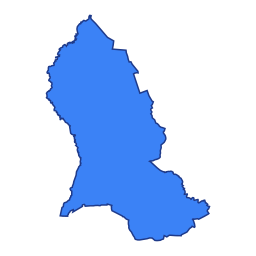 Tancanhuitz, San Luis Potosí, Mexico (Mercator projection)
{"feature_id": "50627088B4540713417928", "entity_name": "Tancanhuitz", "entity_type": "district", "adm_level": 2, "iso_a3": "MEX", "parent_name": "Mexico", "parent_adm1": "San Luis Potosí", "projection": "mercator", "projection_center": [-98.957, 21.641], "detail": "fine", "context": "isolated", "style": "filled", "palette": "blue", "viewbox_px": 256, "rotation_deg": 0, "n_neighbors": 0, "source": "geoboundaries", "source_scale": "gbopen_adm2", "svg_char_len": 5662}
<svg xmlns="http://www.w3.org/2000/svg" viewBox="0 0 256 256"><path d="M90.9,16.8L90.5,17.2L90.3,17.0L90.2,16.4L90.6,15.6L90.3,15.4L89.7,15.4L89.1,16.3L88.9,17.4L89.0,18.5L88.7,19.0L85.8,21.0L85.4,21.0L84.2,20.5L83.5,20.5L81.8,22.3L81.4,22.0L80.9,22.1L80.8,22.3L81.1,22.6L80.6,23.8L79.6,23.8L77.4,26.6L77.0,28.4L77.0,29.7L77.5,32.2L78.0,33.8L76.0,34.1L76.2,34.6L76.8,35.0L76.9,35.4L76.6,35.7L75.1,35.9L74.9,36.7L75.7,37.1L75.2,38.6L76.4,39.0L75.7,40.2L74.8,40.0L74.1,40.7L74.0,41.3L74.2,42.1L74.0,42.4L73.5,41.5L72.8,41.5L72.5,41.8L72.6,43.0L72.2,43.2L71.8,42.3L70.8,42.5L70.0,43.2L69.7,42.4L68.7,42.7L67.5,43.4L67.8,43.9L67.6,44.9L67.1,44.9L66.6,45.3L66.4,46.1L65.0,44.6L64.3,44.7L64.1,45.1L63.3,45.5L62.8,46.0L62.6,47.2L60.9,47.8L59.5,48.8L59.2,49.2L59.3,49.5L60.3,49.9L58.2,52.6L57.6,54.1L58.4,55.3L59.5,55.0L59.4,56.3L55.7,57.2L55.7,57.6L56.7,57.2L57.1,57.1L57.5,57.5L57.3,59.3L56.0,59.6L55.3,60.1L55.8,60.9L55.1,61.1L54.7,61.5L54.6,62.4L53.7,63.0L54.1,64.6L53.9,65.4L51.8,65.7L51.0,66.3L50.4,66.5L49.4,66.4L48.7,66.7L48.4,67.6L48.3,70.3L47.8,70.8L47.2,71.9L47.1,72.7L47.4,73.2L48.0,73.3L48.6,73.0L49.1,73.3L49.4,74.3L49.5,76.2L50.1,76.7L50.2,77.3L50.0,78.2L49.0,79.6L48.8,80.4L49.1,80.8L50.2,81.3L51.0,82.3L51.7,82.5L52.0,84.3L51.4,85.5L51.4,86.0L52.1,87.3L51.5,88.3L50.9,88.6L50.4,89.3L50.4,89.9L50.2,90.2L49.1,90.6L49.2,91.0L49.0,91.3L48.5,91.3L47.4,91.9L47.2,92.5L46.6,93.0L46.5,93.7L46.9,94.4L47.1,96.9L46.5,97.4L46.6,97.8L47.7,98.7L49.0,99.1L49.1,99.4L48.8,99.7L49.1,100.3L49.7,100.5L50.3,100.4L50.6,100.7L50.6,102.3L51.0,103.0L51.4,103.0L52.4,102.5L52.5,102.9L52.2,103.5L52.5,104.1L53.0,104.6L53.1,105.1L53.5,105.6L54.3,106.3L54.9,107.3L54.2,109.2L54.1,110.0L54.3,110.6L55.0,110.5L56.5,111.4L56.7,111.6L56.5,112.5L57.5,112.9L57.5,114.1L57.7,114.7L58.1,115.0L58.2,114.7L58.6,114.8L58.9,115.5L59.4,115.5L60.1,115.8L60.2,116.2L59.8,116.9L59.9,117.5L60.3,117.9L60.1,119.3L60.3,119.6L60.6,119.5L60.9,118.5L61.2,118.2L61.7,118.3L62.2,118.9L62.5,118.8L62.6,118.4L63.1,118.4L63.6,119.4L65.0,121.3L65.4,122.2L67.8,123.4L68.3,124.5L70.2,125.9L70.1,126.2L69.6,126.3L70.7,133.2L71.7,134.2L73.2,134.9L74.8,134.8L75.3,135.2L75.1,135.8L74.6,136.1L73.9,136.1L73.7,136.3L73.8,136.6L74.3,136.8L74.4,137.4L74.4,139.0L75.2,139.6L74.8,140.2L74.6,140.8L75.3,140.9L75.4,141.3L74.7,141.8L74.7,142.3L75.7,142.9L76.4,143.8L76.2,145.2L75.8,145.4L78.0,147.7L77.4,148.9L77.3,150.2L77.9,151.0L77.6,151.6L77.7,151.9L77.8,152.1L78.6,152.4L78.7,152.6L78.5,153.0L78.4,153.7L78.9,154.9L78.8,155.7L79.4,156.2L79.7,157.0L80.7,157.7L80.4,158.1L80.8,158.8L80.2,162.0L80.8,163.0L80.4,163.3L80.7,163.9L80.2,164.9L80.4,165.2L80.0,165.3L79.6,166.0L78.7,166.9L78.6,167.5L76.5,171.7L76.1,175.2L73.8,181.6L73.4,183.8L72.5,186.0L72.3,187.3L71.0,187.8L70.4,188.2L70.1,189.0L70.8,190.4L71.8,191.1L71.7,195.3L71.4,195.6L70.8,195.9L70.6,197.3L70.0,197.9L69.5,200.0L68.5,200.3L66.6,202.1L64.3,202.8L63.6,204.0L63.3,206.6L62.0,207.5L60.2,215.8L62.8,216.1L67.6,216.2L67.5,215.6L68.3,214.4L68.5,213.4L69.8,212.0L70.3,211.0L73.3,209.6L73.5,210.1L72.9,212.0L82.4,206.4L82.2,205.7L82.5,204.9L84.2,204.4L84.7,204.8L85.2,206.2L90.2,205.8L93.4,205.8L95.2,205.5L97.7,205.4L100.0,205.7L101.3,205.0L107.0,205.0L107.2,204.1L107.5,204.1L111.8,205.4L111.3,206.4L111.6,207.2L111.4,207.8L111.6,209.3L112.0,210.7L122.2,215.9L122.6,216.6L123.7,216.7L126.2,219.0L128.7,220.1L128.4,221.7L128.4,224.1L128.9,226.0L128.8,227.4L129.0,228.5L129.8,230.1L131.4,232.0L133.3,235.7L134.3,237.0L135.1,239.0L135.4,239.3L137.7,239.9L139.9,239.9L147.1,238.7L149.8,237.9L152.2,238.1L154.9,240.4L157.0,240.6L160.2,240.3L162.1,239.4L163.4,239.0L164.2,235.6L166.8,236.9L169.2,235.3L169.9,235.2L175.5,235.6L181.2,235.7L181.4,234.8L187.0,232.0L189.6,228.5L191.6,227.1L192.1,226.3L194.4,227.3L194.9,226.8L194.5,224.0L193.3,220.3L192.6,219.3L193.0,219.0L194.3,219.2L197.5,218.7L198.7,219.2L204.5,216.2L208.2,214.1L208.9,213.5L207.2,211.0L207.7,209.5L208.6,208.9L209.5,206.5L207.8,206.0L206.9,205.4L207.7,204.3L205.9,202.7L205.5,202.8L204.7,200.2L204.2,200.2L203.5,200.8L203.2,200.6L202.9,201.0L202.0,200.9L201.6,201.1L199.2,202.7L198.5,202.8L198.0,202.3L198.1,199.8L197.9,199.5L194.3,200.3L193.9,199.9L193.9,198.5L193.6,197.8L192.8,197.6L192.3,197.8L191.3,198.9L191.2,199.2L191.0,199.3L190.7,198.7L189.1,197.8L186.8,197.5L186.6,196.8L186.6,195.9L187.3,194.6L187.2,194.0L184.4,194.3L184.4,194.0L184.9,193.1L185.1,192.3L185.0,191.3L184.4,189.9L184.1,189.6L183.6,189.5L184.3,188.5L183.6,188.4L183.7,188.0L182.3,186.5L182.5,185.9L183.1,185.6L182.3,185.0L182.3,184.0L181.8,183.9L182.6,182.4L182.6,181.3L181.0,178.3L180.0,177.8L178.9,176.5L178.6,176.6L178.4,176.3L178.6,176.1L177.5,175.3L175.7,174.3L174.0,174.3L172.9,172.8L173.1,172.3L171.8,171.4L170.7,171.2L169.5,171.5L168.6,171.4L166.2,171.8L166.2,172.2L164.8,172.5L164.5,172.4L164.4,171.9L162.9,171.6L161.1,170.8L159.9,170.1L157.3,168.0L150.8,162.0L149.6,161.3L150.2,161.0L152.9,160.8L155.0,159.7L156.8,159.3L158.7,158.5L159.8,157.6L160.2,157.0L160.0,154.9L160.5,153.1L160.3,150.7L161.2,147.7L161.0,145.0L164.1,142.4L165.0,140.9L165.8,139.1L165.8,137.9L165.4,136.1L165.0,135.2L163.4,132.9L163.5,131.6L164.3,131.0L165.0,128.5L162.4,127.6L161.1,127.3L159.5,126.3L158.7,125.0L157.3,123.6L156.0,123.2L155.5,122.2L154.7,119.9L152.3,117.8L152.0,115.5L150.8,113.7L151.5,113.0L151.9,111.9L151.0,110.6L150.7,109.7L151.0,108.8L152.4,107.9L151.3,105.6L152.3,104.5L153.3,101.8L152.0,101.0L149.5,96.7L148.9,95.6L147.1,90.5L139.9,93.2L133.5,73.9L135.0,73.1L136.8,72.7L138.1,72.9L137.9,71.3L132.2,64.3L130.9,61.8L129.2,62.0L128.3,59.6L127.6,56.3L126.3,52.7L126.0,50.2L112.4,49.1L113.2,44.9L113.7,40.9L107.5,37.4L95.6,23.5L91.2,19.1L90.7,17.7L90.9,16.8Z" fill="#3b82f6" stroke="#1e3a8a" stroke-width="1.5"/></svg>